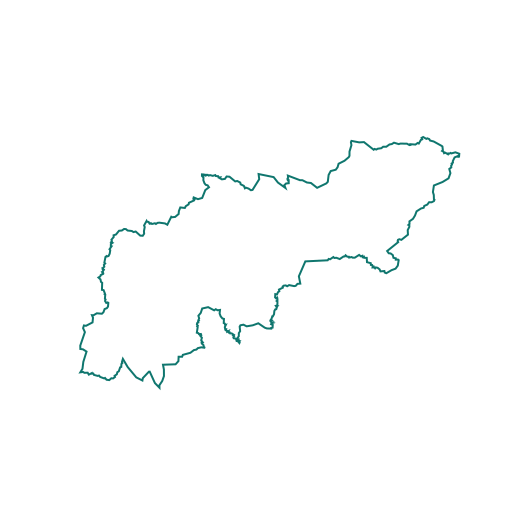 Gushegu, Northern, Ghana (orthographic projection), rotated 207°
{"feature_id": "2480657B56494255769768", "entity_name": "Gushegu", "entity_type": "district", "adm_level": 2, "iso_a3": "GHA", "parent_name": "Ghana", "parent_adm1": "Northern", "projection": "orthographic", "projection_center": [-0.233, 9.923], "detail": "fine", "context": "isolated", "style": "outline", "palette": "teal", "viewbox_px": 512, "rotation_deg": 207, "n_neighbors": 0, "source": "geoboundaries", "source_scale": "gbopen_adm2", "svg_char_len": 6126}
<svg xmlns="http://www.w3.org/2000/svg" viewBox="0 0 512 512"><g transform="rotate(207 256 256)"><path d="M363.6,93.9L361.8,83.3L359.4,76.7L359.7,72.6L357.4,74.2L355.9,74.0L353.0,75.6L351.1,74.4L349.1,77.2L348.7,76.7L347.6,77.4L346.4,76.5L342.6,77.3L341.6,78.2L340.0,77.5L335.7,78.0L335.2,78.8L333.0,77.9L330.4,78.8L329.4,81.4L327.8,82.0L326.7,84.2L327.6,85.0L326.3,87.4L326.8,89.5L325.9,91.0L326.5,95.1L325.7,96.0L326.9,98.7L326.5,100.0L327.3,100.6L327.9,103.9L319.9,98.8L307.6,93.5L300.7,93.5L301.4,95.8L298.9,104.3L298.2,104.7L288.4,96.9L282.2,94.8L283.4,97.0L282.8,102.0L283.5,107.2L286.5,113.0L289.5,116.9L278.5,123.0L277.4,127.1L279.2,131.1L276.1,132.7L276.3,134.7L270.5,140.0L268.6,144.0L266.6,145.6L266.0,147.5L263.3,149.8L259.6,151.1L261.1,151.1L261.0,152.0L261.3,151.5L262.4,152.8L264.6,153.4L265.2,154.2L264.3,154.9L266.6,156.1L267.1,158.6L269.4,159.6L268.8,160.6L269.7,161.5L271.4,160.5L272.3,161.1L273.9,160.8L275.7,166.2L276.5,166.6L276.2,167.5L277.6,168.2L278.0,169.5L277.2,170.6L277.9,171.3L277.6,172.5L278.2,172.6L278.3,174.6L280.2,176.6L279.4,180.2L280.1,184.8L275.4,188.7L268.6,188.6L267.7,190.3L265.6,190.2L263.6,191.6L262.3,188.2L260.1,186.2L257.6,185.1L256.0,185.4L254.3,181.6L253.1,181.6L252.1,180.4L251.6,180.9L251.5,178.5L250.2,176.8L249.4,177.2L249.2,176.1L247.8,176.2L247.3,175.4L246.5,176.5L246.5,175.8L245.3,175.4L244.8,176.0L243.9,175.3L242.5,176.0L240.0,175.7L240.4,174.9L239.1,174.6L239.3,173.3L238.5,172.6L236.3,173.3L234.7,171.5L234.0,172.0L231.3,170.9L231.4,171.8L232.3,171.9L233.1,172.5L232.7,172.9L233.6,172.9L233.7,173.7L234.3,173.4L235.2,174.5L234.9,176.7L236.3,179.5L236.0,181.8L238.5,185.7L238.4,187.2L236.0,189.1L232.4,189.1L227.4,192.8L223.4,197.1L215.6,196.1L213.4,196.4L209.5,198.2L209.8,198.8L208.7,199.7L209.8,202.2L211.6,202.1L211.6,203.0L210.7,204.0L212.1,203.8L213.8,204.7L213.9,205.7L212.9,205.9L213.5,206.1L214.1,209.6L213.6,209.8L213.5,212.3L214.7,215.4L214.6,217.2L213.8,217.8L214.2,220.2L214.7,220.2L214.2,221.3L215.2,221.2L214.7,221.8L215.2,223.1L216.2,225.1L217.2,225.3L216.8,226.4L217.9,228.2L218.3,228.6L218.9,227.4L220.2,227.8L221.5,230.8L219.8,231.3L220.0,233.7L219.2,235.2L220.3,236.5L217.7,240.0L218.4,240.9L217.8,242.2L216.1,243.3L214.5,243.2L213.3,245.1L208.3,246.5L207.1,247.4L206.4,250.0L204.0,251.5L208.6,257.4L209.6,273.6L190.2,284.7L189.9,286.4L188.5,286.7L186.6,290.2L185.3,289.8L183.6,290.9L180.0,291.3L177.8,295.3L176.7,295.9L176.5,297.3L174.4,296.8L172.8,297.5L172.3,296.9L170.3,298.5L169.1,298.4L167.2,299.4L164.6,303.8L162.4,303.3L161.3,304.5L160.4,303.4L159.5,304.4L158.8,303.5L156.5,304.6L154.3,300.9L150.5,301.7L149.6,300.2L148.4,300.7L147.5,299.8L146.7,300.0L146.8,298.8L145.2,299.5L144.3,299.1L144.1,300.2L142.3,300.7L139.8,300.2L138.1,298.8L134.8,300.9L133.8,299.7L132.1,299.8L128.8,304.9L125.9,308.1L125.3,311.8L127.0,317.1L127.9,317.3L129.8,316.2L130.4,317.4L132.7,316.8L134.5,318.9L137.2,319.4L139.0,318.7L141.4,320.0L135.6,332.9L136.6,333.6L136.8,334.9L135.9,336.0L133.8,336.4L130.3,344.0L132.6,348.0L132.6,351.6L133.3,352.9L134.3,352.9L133.8,354.3L135.0,356.5L133.0,360.4L132.7,364.2L133.2,368.7L130.5,373.3L128.5,375.1L128.8,377.0L126.7,379.6L126.2,382.5L123.9,383.6L122.4,385.7L122.5,387.1L123.2,387.3L125.3,391.1L127.4,393.3L129.5,399.6L123.4,406.6L119.7,412.6L120.4,418.1L123.3,421.3L122.2,423.6L123.1,425.0L122.9,426.5L123.7,427.2L122.9,428.6L123.7,429.8L123.8,434.0L121.2,437.1L120.7,436.3L120.2,436.7L121.3,439.4L125.4,438.9L128.5,436.1L129.4,436.2L130.3,434.9L131.2,434.7L131.1,433.8L134.2,434.0L135.1,433.0L136.0,434.0L137.9,434.1L137.6,435.2L139.6,438.2L140.5,438.4L149.7,438.7L153.3,437.9L154.7,438.8L156.8,438.6L157.4,437.7L161.1,437.9L162.1,436.4L160.9,435.4L161.8,434.3L162.0,430.1L163.3,430.1L164.5,427.7L169.2,425.7L168.8,425.1L169.6,424.5L172.5,424.6L178.4,421.7L179.6,420.5L184.5,419.6L185.8,417.4L187.7,416.0L189.5,412.5L192.3,411.1L193.3,408.9L196.3,406.8L197.1,405.5L199.0,405.2L199.4,404.1L211.5,406.5L215.6,404.1L223.2,401.9L223.1,400.5L221.3,398.1L220.1,391.5L218.2,387.7L218.2,386.2L220.4,381.0L224.3,375.7L223.6,372.1L224.1,369.1L228.0,365.6L228.1,361.2L225.7,354.7L226.3,352.6L232.5,344.5L240.2,346.0L244.0,344.6L249.0,344.6L251.3,343.5L264.1,342.1L263.1,340.7L263.0,338.9L262.4,338.3L262.1,339.0L261.4,338.6L259.9,335.7L262.1,334.3L262.9,332.0L260.7,330.0L269.8,331.4L276.1,334.3L290.9,330.2L288.0,325.9L289.1,313.3L290.4,312.3L293.2,312.7L296.1,312.3L296.6,311.3L298.7,313.0L302.2,312.9L303.4,314.3L306.8,314.3L308.4,313.0L315.6,314.6L318.3,313.5L318.7,310.6L321.2,308.8L323.6,308.9L323.5,309.9L325.1,309.0L326.0,309.9L328.1,309.0L329.0,309.6L330.9,307.8L333.7,307.2L334.6,306.2L335.8,306.4L337.0,305.2L337.1,305.8L337.8,305.5L339.2,304.0L339.6,304.9L341.2,304.2L340.5,302.8L338.4,302.0L337.3,299.6L334.9,297.4L333.1,296.6L331.2,297.0L329.1,295.9L331.1,291.7L330.3,283.3L333.5,280.3L338.1,279.9L337.8,278.6L336.4,278.8L336.4,277.4L339.9,273.0L339.5,271.4L341.2,268.5L341.2,266.5L345.5,264.9L345.1,261.0L344.0,258.3L345.8,254.1L348.4,252.4L349.3,252.5L349.2,243.6L351.9,243.7L357.3,241.8L358.8,240.8L359.7,239.1L360.9,239.3L363.0,237.5L364.1,237.1L364.6,237.5L365.5,236.5L367.2,237.6L368.8,237.0L369.4,237.5L369.6,232.4L368.3,231.3L367.1,227.2L365.8,225.1L366.1,222.6L368.4,221.6L374.3,223.2L376.0,221.7L378.0,221.9L382.0,220.4L384.1,220.9L385.8,220.2L387.1,217.8L389.5,216.3L390.5,211.6L392.3,209.8L391.4,208.3L392.2,204.9L391.1,203.8L391.4,202.5L389.9,202.5L390.8,200.9L389.8,198.8L389.1,199.0L389.6,195.5L388.5,195.0L387.4,191.6L387.4,189.0L388.6,187.9L389.1,188.1L389.7,186.9L388.1,181.2L387.0,180.9L387.5,179.0L386.3,177.6L387.0,175.8L386.3,175.2L387.0,175.1L386.5,174.4L385.4,174.6L385.5,172.5L384.8,171.8L385.5,171.6L384.2,170.5L385.7,168.5L385.5,167.1L386.6,165.3L383.9,164.5L382.4,162.6L380.9,162.3L377.9,155.9L376.3,156.4L373.6,154.0L373.6,153.3L372.8,153.2L371.2,149.3L370.3,149.0L370.1,147.4L368.1,146.2L367.1,147.3L366.3,147.2L364.9,143.7L365.2,141.8L366.8,140.0L366.4,136.6L367.1,134.6L371.8,132.7L373.9,129.4L375.3,128.8L373.2,127.0L371.5,122.6L375.8,116.6L377.8,116.0L377.3,113.2L373.9,110.5L371.9,96.4L370.3,93.4L367.8,94.3L363.6,93.9Z" fill="none" stroke="#0f766e" stroke-width="2"/></g></svg>